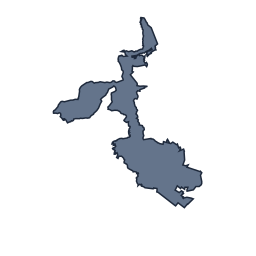 the district of Poian, Covasna, Romania, rotated 336°
{"feature_id": "2599482B85588216220472", "entity_name": "Poian", "entity_type": "district", "adm_level": 2, "iso_a3": "ROU", "parent_name": "Romania", "parent_adm1": "Covasna", "projection": "robinson", "projection_center": [26.168, 46.118], "detail": "fine", "context": "isolated", "style": "filled", "palette": "slate", "viewbox_px": 256, "rotation_deg": 336, "n_neighbors": 0, "source": "geoboundaries", "source_scale": "gbopen_adm2", "svg_char_len": 5874}
<svg xmlns="http://www.w3.org/2000/svg" viewBox="0 0 256 256"><g transform="rotate(336 128 128)"><path d="M171.7,209.7L172.7,208.8L173.6,206.9L175.0,200.6L177.2,198.9L176.5,196.9L176.1,197.1L165.9,187.8L167.9,186.2L165.4,186.0L163.1,184.1L166.7,180.3L169.6,172.4L170.0,172.2L170.2,169.9L166.0,169.8L167.1,169.2L166.8,168.6L167.0,168.4L167.9,168.0L167.8,166.6L166.2,166.7L166.6,162.7L165.5,162.9L163.2,159.1L160.7,159.6L158.8,158.0L159.8,157.9L159.5,154.4L158.5,155.0L157.5,157.0L154.9,154.9L153.4,157.1L150.5,155.1L149.9,154.1L148.9,153.4L148.8,152.6L147.6,151.1L147.3,149.9L146.3,148.2L144.7,147.4L144.7,146.9L137.5,145.0L137.4,144.2L137.6,143.1L139.3,141.4L139.5,139.4L140.4,137.0L142.2,136.1L142.6,134.6L142.6,133.9L142.0,133.2L142.1,131.7L139.5,129.7L140.3,128.3L139.7,125.9L140.7,124.8L140.5,123.7L139.7,122.6L141.4,122.0L141.7,120.2L141.0,118.4L142.0,117.6L142.3,116.7L143.8,115.9L143.9,115.2L143.4,114.0L143.9,112.6L143.3,111.1L143.8,107.9L144.2,107.2L144.0,105.4L145.5,104.2L146.6,104.0L148.0,105.2L149.8,103.6L150.2,102.3L150.0,100.5L150.4,98.7L152.0,97.9L153.7,99.2L154.0,99.2L154.0,98.6L154.5,97.8L159.3,98.2L159.4,97.7L159.9,97.6L162.7,97.8L159.1,95.9L155.9,94.7L153.4,92.9L154.3,91.8L154.5,90.7L151.8,80.3L155.6,78.9L154.8,77.7L155.9,76.2L157.0,73.6L157.9,73.0L158.4,74.0L161.6,75.7L168.9,77.3L169.4,77.7L170.0,79.5L171.1,78.5L171.7,77.5L171.5,75.6L170.0,75.8L169.6,73.2L170.6,73.0L170.8,72.0L170.3,71.6L170.8,71.0L171.2,71.3L171.7,70.9L172.8,69.1L171.3,69.2L170.4,67.3L169.1,66.6L168.1,66.6L168.1,65.9L167.4,65.4L165.0,65.8L163.4,67.5L162.3,67.2L162.9,66.6L162.4,66.2L163.1,65.6L161.5,64.9L161.0,65.2L160.5,64.9L160.8,63.9L165.5,65.2L169.4,64.8L171.3,65.5L172.2,65.4L173.6,66.2L174.6,65.7L175.2,65.8L175.4,65.5L178.7,65.5L181.8,64.7L181.8,66.2L178.8,66.2L177.0,65.8L176.7,66.3L175.8,66.3L175.6,67.8L175.0,68.1L175.4,68.2L175.2,68.9L175.5,69.3L175.1,69.8L175.3,70.0L174.7,70.0L174.8,70.4L176.8,69.3L179.5,69.3L179.9,69.0L179.7,68.2L184.2,67.7L185.3,68.0L185.4,66.0L185.8,65.7L186.0,64.2L189.2,63.2L190.0,45.8L188.0,41.9L188.2,39.6L187.8,38.7L187.7,35.7L187.4,34.0L184.7,32.3L184.4,32.5L184.0,33.2L184.7,33.6L184.8,34.1L184.3,34.6L184.0,34.2L183.6,34.6L183.7,35.0L183.0,35.3L183.1,35.6L182.6,35.8L182.7,36.1L182.0,36.5L182.4,37.4L181.8,38.3L182.4,38.7L181.9,39.6L182.0,40.2L181.4,41.0L181.8,41.3L181.8,42.2L181.3,43.8L181.7,44.6L180.2,47.2L179.6,49.2L179.7,50.1L177.5,52.9L177.4,54.1L176.8,54.7L175.8,57.1L176.0,57.5L175.0,58.6L175.6,59.1L175.5,59.6L173.4,61.8L171.4,61.2L169.0,61.2L167.8,61.6L166.4,60.9L165.2,61.1L164.3,60.7L162.9,59.0L159.6,58.5L157.8,56.8L157.0,56.8L156.0,56.2L156.0,55.4L155.2,55.2L152.9,55.4L156.0,57.4L155.5,59.7L156.4,61.9L152.7,60.7L152.0,59.0L151.2,59.3L150.7,58.8L149.9,59.0L149.3,58.5L148.2,59.3L146.9,61.1L147.1,61.6L146.2,63.0L146.7,64.4L146.8,66.9L146.6,70.0L145.9,72.2L146.7,74.0L146.2,75.4L143.4,78.4L143.4,81.6L143.0,82.2L136.2,81.8L134.9,80.7L134.9,79.8L134.5,79.4L133.4,78.8L131.4,79.4L129.9,79.2L127.4,77.5L125.3,77.1L121.3,74.4L119.4,74.3L116.7,73.3L115.4,73.3L114.2,71.0L113.0,70.3L110.0,70.2L108.8,69.7L103.0,70.7L101.1,71.5L99.3,73.0L98.6,74.9L95.8,79.3L94.9,80.2L94.7,80.9L94.0,81.0L93.8,81.5L91.4,80.3L89.1,80.1L86.8,79.2L80.6,78.2L78.6,76.8L77.1,76.8L73.7,78.7L72.8,79.9L68.9,81.8L67.3,82.0L66.4,82.8L66.0,84.2L68.2,85.1L69.6,86.2L71.4,86.1L72.3,87.2L71.9,89.0L70.7,90.0L71.7,92.6L71.7,93.7L72.2,94.7L72.9,94.9L73.3,94.4L73.0,93.5L73.7,93.7L74.5,95.4L74.8,98.7L77.4,98.7L78.2,99.0L79.3,98.4L80.0,99.0L81.3,98.8L82.0,97.8L83.9,98.1L87.6,99.8L88.4,99.7L90.4,100.8L93.5,101.6L95.2,102.6L97.1,103.0L99.4,101.7L102.1,101.4L102.4,100.8L106.5,99.4L109.2,97.8L112.4,94.7L114.9,92.8L114.6,90.7L116.9,89.8L121.0,88.9L122.4,87.7L123.5,87.3L126.2,84.6L131.0,84.3L132.5,83.5L132.3,83.8L133.1,85.8L132.6,88.7L130.8,89.3L127.1,89.3L126.2,90.7L126.0,91.9L124.4,95.4L124.2,97.7L119.7,100.2L118.3,100.6L117.9,101.4L118.0,102.1L117.4,102.7L119.1,104.1L120.1,105.6L123.1,106.4L125.5,107.6L127.2,109.6L127.6,111.7L128.0,112.2L129.4,113.3L129.7,114.2L130.5,114.4L131.3,115.5L131.4,116.4L130.9,117.4L127.4,119.3L127.6,120.4L128.3,121.2L128.7,122.2L131.0,122.5L130.3,123.5L129.4,126.4L130.5,127.4L129.8,128.7L128.9,129.1L127.3,131.1L127.1,131.5L127.5,131.6L127.0,131.9L126.6,132.9L127.1,133.1L126.4,133.4L126.2,135.4L127.0,135.5L126.6,136.5L125.4,136.9L124.2,136.5L123.5,136.8L122.4,136.6L118.9,135.7L118.3,135.0L116.2,134.3L113.4,134.4L112.7,134.9L112.3,134.6L111.4,135.0L111.0,134.5L109.2,134.4L108.8,134.5L108.8,134.9L108.2,134.9L108.3,135.5L107.5,135.4L106.8,136.1L109.3,137.3L107.9,138.0L109.5,138.5L109.3,139.8L108.2,140.1L107.7,140.8L107.1,140.3L106.1,140.2L105.5,140.5L105.8,141.7L106.8,142.5L107.1,143.3L106.3,143.9L106.6,145.4L105.3,145.2L104.8,146.3L106.0,146.8L107.9,146.2L107.9,146.6L107.9,147.8L107.4,148.7L105.6,150.3L106.5,151.7L108.3,150.1L110.7,151.2L111.7,153.8L111.6,155.0L112.0,155.8L110.6,157.4L110.3,158.3L111.5,159.6L111.5,160.0L112.1,160.4L112.3,161.8L111.6,163.7L111.7,165.0L114.6,168.7L115.0,169.4L114.9,170.2L116.1,170.4L117.6,171.6L118.0,172.4L117.5,173.0L118.3,173.2L118.3,173.6L119.0,173.4L119.0,173.8L117.7,174.6L117.7,176.0L116.7,176.6L115.7,176.6L115.2,177.1L115.4,178.0L114.1,180.0L114.0,182.5L114.4,183.7L113.7,184.7L115.5,184.1L115.8,184.6L117.4,184.9L117.5,185.3L116.9,185.7L117.1,186.1L116.6,186.3L116.7,186.6L118.3,187.9L119.2,189.5L126.3,193.8L126.9,193.8L127.1,193.3L129.8,195.0L129.5,196.2L128.3,198.1L129.3,199.0L139.3,217.7L139.8,218.5L143.3,216.7L147.1,223.7L151.3,221.6L151.5,222.0L158.8,219.3L157.3,217.8L153.6,215.2L150.8,214.7L149.9,214.9L149.6,213.8L150.5,213.4L149.1,211.4L150.8,210.4L151.1,210.7L152.1,210.4L151.8,209.0L152.4,208.8L151.3,207.1L148.5,207.8L145.8,203.9L149.5,200.9L151.4,204.7L152.8,203.7L154.8,207.0L155.9,205.3L158.6,206.5L156.9,208.2L156.2,209.6L156.5,209.8L162.6,211.1L166.2,209.1L169.2,210.4L171.7,209.7Z" fill="#64748b" stroke="#1e293b" stroke-width="1.5"/></g></svg>